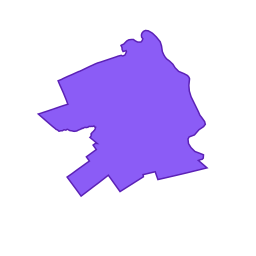 Branistea, Galati, Romania (Robinson projection), rotated 231°
{"feature_id": "2599482B60260164526160", "entity_name": "Branistea", "entity_type": "district", "adm_level": 2, "iso_a3": "ROU", "parent_name": "Romania", "parent_adm1": "Galati", "projection": "robinson", "projection_center": [27.84, 45.445], "detail": "fine", "context": "isolated", "style": "filled", "palette": "violet", "viewbox_px": 256, "rotation_deg": 231, "n_neighbors": 0, "source": "geoboundaries", "source_scale": "gbopen_adm2", "svg_char_len": 2766}
<svg xmlns="http://www.w3.org/2000/svg" viewBox="0 0 256 256"><g transform="rotate(231 128 128)"><path d="M196.6,174.5L194.1,173.9L193.2,173.1L192.4,172.7L190.5,172.3L189.4,175.1L189.2,175.0L188.9,175.0L188.2,174.8L186.7,171.7L186.7,171.2L187.2,169.4L187.6,168.9L188.2,168.7L188.7,168.5L190.1,165.5L190.5,164.3L191.7,161.0L192.9,157.8L196.6,147.9L197.7,145.3L198.5,142.6L199.1,140.1L199.9,137.1L202.5,126.1L202.6,125.9L202.7,125.7L202.9,125.2L203.2,124.1L203.7,122.2L204.9,117.5L205.8,114.5L206.7,111.0L207.2,109.0L207.4,108.0L207.5,107.4L207.6,107.0L207.7,106.5L208.7,103.4L206.4,102.7L203.6,101.9L203.1,101.8L201.2,101.3L195.6,99.8L188.4,97.6L184.3,96.2L185.7,92.8L187.0,89.4L191.4,77.3L195.3,67.1L187.0,68.5L176.9,70.3L173.3,71.1L172.2,71.2L170.9,72.0L169.0,72.3L168.6,72.9L168.2,74.0L167.8,74.5L167.3,75.0L167.1,75.5L167.0,76.9L166.7,77.4L166.3,77.6L165.7,78.1L165.5,78.5L165.3,78.9L165.4,79.2L165.4,79.5L165.0,80.2L164.6,80.4L163.9,80.7L163.1,80.9L162.3,81.4L162.2,81.6L161.6,82.1L161.3,82.5L160.3,83.2L159.9,83.5L159.1,84.3L158.8,84.9L158.3,85.6L158.0,86.3L157.8,86.8L157.6,88.3L157.1,89.5L157.1,89.8L156.9,90.8L156.7,91.1L156.6,91.4L156.7,92.2L156.5,92.3L156.3,92.5L156.1,92.6L156.0,93.3L155.9,93.7L155.9,94.1L155.7,94.7L155.4,95.2L154.8,95.6L154.4,96.2L154.2,96.7L153.8,97.2L153.8,98.5L153.7,98.9L153.1,99.3L152.7,99.9L152.6,100.3L152.4,100.5L151.9,100.9L151.5,101.4L151.2,102.3L151.0,102.8L149.9,102.7L149.0,103.3L148.8,103.0L148.1,102.2L147.8,101.6L147.4,100.7L147.4,100.1L147.3,99.7L147.1,98.9L147.1,97.5L146.6,95.4L146.4,95.4L146.0,95.4L145.9,95.4L145.6,95.1L145.3,94.6L145.1,94.3L145.0,93.8L144.7,93.1L144.6,92.8L144.6,92.5L135.4,94.3L136.6,93.0L136.7,90.1L131.2,89.8L131.8,77.5L126.6,77.2L126.8,74.1L127.5,62.0L127.8,55.1L128.2,49.8L122.1,49.5L114.7,49.2L104.6,48.7L104.1,65.7L103.9,70.8L103.8,76.1L103.7,83.0L83.6,81.8L80.4,109.3L82.3,110.4L81.9,111.1L76.9,121.6L69.1,118.8L61.2,135.0L55.9,146.0L47.3,164.3L52.9,163.3L58.5,162.3L58.3,162.8L57.9,164.1L57.2,165.6L57.0,165.9L57.2,167.5L59.0,169.2L59.7,169.8L63.4,167.7L65.1,166.7L67.7,165.2L73.2,164.6L77.8,165.2L81.7,167.7L82.6,169.9L80.8,175.3L82.0,182.0L81.5,187.6L82.2,190.4L84.8,191.6L90.0,191.9L92.6,191.9L96.6,193.0L112.7,196.7L118.1,198.9L122.8,202.1L127.5,206.8L129.1,207.3L131.3,207.3L135.1,205.7L135.8,205.3L140.1,203.0L145.2,202.5L149.3,203.0L153.9,202.4L157.4,201.5L158.3,201.5L160.1,201.5L161.3,201.7L162.6,201.9L165.8,202.8L170.7,205.7L174.8,207.3L180.9,207.3L185.2,206.8L186.8,206.5L190.8,204.9L192.8,203.0L193.4,200.8L192.9,198.5L191.8,196.9L190.1,195.8L188.0,195.7L187.0,194.0L186.7,192.1L187.2,191.4L188.7,189.6L191.1,188.5L193.4,187.9L194.4,186.7L196.0,184.2L196.4,182.0L196.3,180.7L195.9,177.5L196.6,174.8L196.6,174.5Z" fill="#8b5cf6" stroke="#5b21b6" stroke-width="1.5"/></g></svg>